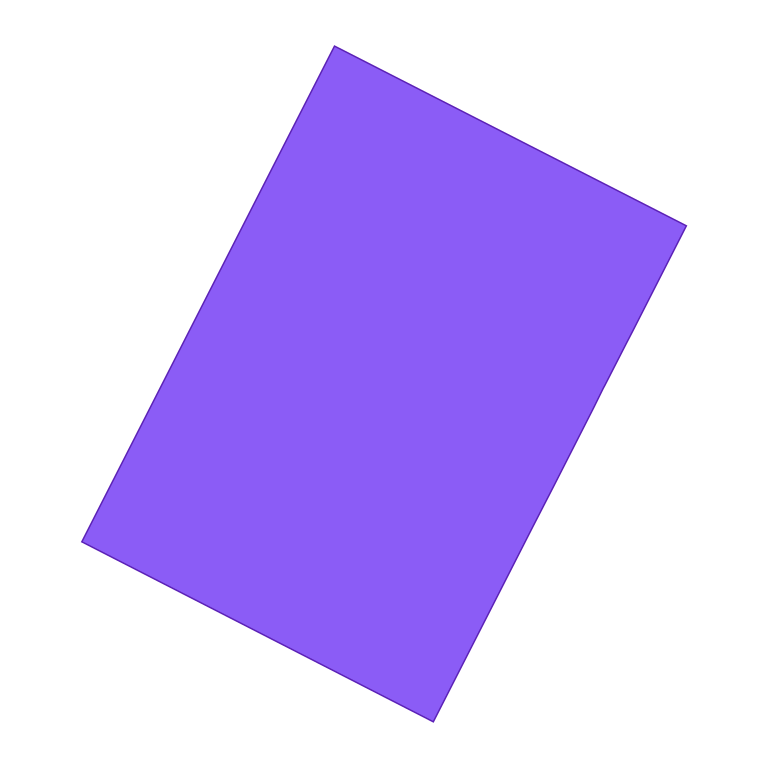 the district of Martin, Minnesota, United States of America, rotated 297°
{"feature_id": "52423323B83140229851985", "entity_name": "Martin", "entity_type": "district", "adm_level": 2, "iso_a3": "USA", "parent_name": "United States of America", "parent_adm1": "Minnesota", "projection": "robinson", "projection_center": [-94.489, 43.674], "detail": "fine", "context": "isolated", "style": "filled", "palette": "violet", "viewbox_px": 768, "rotation_deg": 297, "n_neighbors": 0, "source": "geoboundaries", "source_scale": "gbopen_adm2", "svg_char_len": 339}
<svg xmlns="http://www.w3.org/2000/svg" viewBox="0 0 768 768"><g transform="rotate(297 384 384)"><path d="M483.3,581.4L531.3,581.5L543.3,581.6L662.2,581.6L662.6,186.5L550.9,186.4L106.2,186.4L105.4,581.3L324.5,581.4L370.6,581.6L375.0,581.6L458.0,581.6L479.5,581.3L483.3,581.4Z" fill="#8b5cf6" stroke="#5b21b6" stroke-width="1.5"/></g></svg>